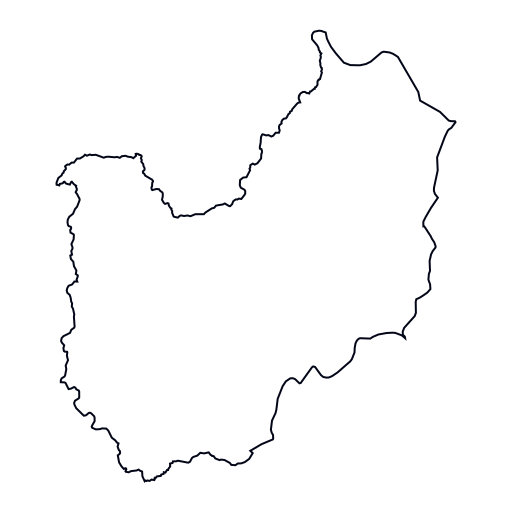 the district of Santiago de Pillaro, Tungurahua, Ecuador
{"feature_id": "8360857B6057709742750", "entity_name": "Santiago de Pillaro", "entity_type": "district", "adm_level": 2, "iso_a3": "ECU", "parent_name": "Ecuador", "parent_adm1": "Tungurahua", "projection": "robinson", "projection_center": [-78.483, -1.116], "detail": "fine", "context": "isolated", "style": "outline", "palette": "ink", "viewbox_px": 512, "rotation_deg": 0, "n_neighbors": 0, "source": "geoboundaries", "source_scale": "gbopen_adm2", "svg_char_len": 5929}
<svg xmlns="http://www.w3.org/2000/svg" viewBox="0 0 512 512"><path d="M119.1,462.4L121.6,466.5L123.9,469.0L125.3,468.2L126.1,468.5L126.3,469.2L125.5,471.4L125.9,471.8L128.7,472.3L131.1,471.1L136.5,470.5L138.6,469.6L140.3,470.9L142.1,471.5L142.4,476.2L144.7,481.3L145.7,480.5L146.6,481.0L147.5,480.5L149.7,480.9L151.5,479.6L154.3,480.1L154.7,479.5L154.5,478.2L154.9,477.7L155.7,477.9L156.9,476.4L160.8,475.9L161.2,474.6L163.6,473.9L163.8,472.2L165.4,472.6L167.0,470.0L168.1,470.0L168.3,469.0L170.2,466.4L170.0,463.6L172.5,463.0L172.9,461.4L176.0,461.3L177.9,460.7L188.2,462.7L190.0,461.7L192.0,458.0L193.2,457.0L197.3,455.6L200.3,452.8L204.0,453.4L208.7,452.4L210.7,455.0L211.5,455.2L212.1,456.0L213.6,456.1L215.4,458.5L219.6,460.1L221.0,459.6L224.5,460.0L229.8,462.9L231.3,464.9L235.4,465.2L237.8,463.5L241.1,463.4L244.8,462.1L249.2,458.9L252.7,453.1L250.3,450.8L261.5,444.2L272.9,439.4L273.2,438.4L273.0,434.9L271.7,432.7L270.9,429.7L272.0,420.6L275.6,412.9L276.4,409.4L277.7,398.8L282.6,386.3L285.8,381.4L290.2,378.4L292.7,378.2L295.1,379.1L299.4,383.3L300.7,383.0L311.9,367.4L313.2,366.4L315.1,367.0L321.0,375.1L323.1,376.9L326.2,377.6L328.8,377.5L332.1,376.1L337.6,372.4L350.4,361.2L351.9,359.1L354.5,352.5L354.7,348.0L355.5,343.4L356.8,340.7L358.6,338.8L360.1,338.2L370.2,338.6L373.0,336.8L378.4,334.5L386.7,333.0L392.7,332.7L395.2,332.9L400.6,334.9L402.3,335.7L405.1,338.2L404.8,336.6L402.9,334.8L402.7,331.7L404.2,327.8L414.7,316.1L415.9,312.9L415.7,301.9L416.3,299.2L419.7,297.7L423.9,295.0L427.3,292.6L430.4,289.1L430.1,284.4L428.4,279.6L428.9,273.9L430.0,270.9L429.6,260.9L431.1,254.3L432.7,251.1L435.5,247.5L435.6,246.2L434.2,242.2L432.0,238.9L430.7,236.2L425.0,227.4L423.7,225.8L423.4,226.0L423.3,222.8L423.5,221.3L425.9,216.6L431.1,207.7L437.9,197.7L435.0,194.0L433.9,190.9L434.0,187.7L437.7,170.4L437.1,157.4L444.9,136.6L447.7,130.8L448.9,129.4L451.3,127.9L455.5,122.2L455.1,121.3L450.6,121.1L448.8,120.6L440.0,111.9L420.1,100.6L418.3,92.0L397.9,56.9L393.2,53.9L389.7,52.5L383.8,51.7L381.6,52.4L370.8,61.6L366.0,64.0L359.9,65.3L350.3,65.1L343.9,62.7L335.8,53.3L330.9,46.7L328.1,41.2L326.9,38.5L325.7,32.5L321.1,30.9L318.9,30.7L314.3,31.7L313.0,32.9L311.9,35.4L312.1,39.3L317.3,45.5L318.5,47.9L318.8,49.9L319.9,51.4L320.0,52.5L321.4,53.4L320.4,55.4L320.9,57.3L319.8,60.9L320.4,63.2L320.3,65.0L321.1,67.6L321.8,68.0L321.9,69.6L321.2,71.3L321.9,72.5L320.0,79.1L318.9,79.4L318.7,80.2L318.0,80.3L317.5,81.5L317.5,84.8L316.0,87.1L315.1,87.3L314.7,88.8L314.2,88.7L310.8,91.5L310.1,91.5L309.2,93.5L308.1,93.0L307.0,93.2L304.9,91.9L302.8,92.0L300.6,93.4L299.5,94.7L299.5,95.6L298.9,96.0L298.7,98.5L300.2,102.4L298.4,102.7L297.3,103.4L292.4,109.0L291.6,111.0L290.1,111.6L289.7,113.3L288.5,114.0L286.7,117.5L285.8,118.4L283.9,118.7L282.4,119.9L281.4,121.9L281.6,123.5L279.7,124.9L279.0,126.5L279.1,128.6L279.7,130.3L279.0,132.7L275.6,132.8L273.1,135.8L271.3,136.5L268.5,135.1L266.2,135.4L262.8,134.3L262.1,134.6L261.0,137.1L260.6,143.0L259.8,146.9L259.9,148.7L261.4,149.1L262.0,151.1L261.9,152.7L261.3,154.1L261.1,158.5L257.4,163.3L254.7,164.6L252.8,163.6L250.3,165.2L250.2,167.6L249.5,168.7L250.1,170.2L246.5,177.2L243.1,177.6L240.1,180.0L239.8,185.3L240.8,187.7L244.4,189.7L245.2,190.9L245.2,193.7L244.6,194.8L241.3,199.0L238.8,198.6L237.4,199.5L235.8,199.4L234.0,200.6L233.1,201.5L232.1,204.2L230.1,206.2L229.0,206.0L224.8,203.5L223.0,204.4L216.0,205.6L214.2,207.8L211.8,208.4L205.6,212.4L203.8,214.2L195.3,214.2L190.5,216.2L187.5,215.5L184.0,216.0L181.1,215.4L179.9,215.8L177.8,217.6L174.1,216.8L173.6,216.4L172.1,212.8L172.2,211.1L171.3,209.6L171.5,208.5L170.3,207.8L168.9,205.6L168.5,203.5L167.5,203.1L165.1,203.9L163.9,203.0L162.0,199.8L162.8,196.2L162.7,193.2L162.3,192.4L160.0,190.7L159.0,189.2L156.3,189.0L152.4,190.1L151.8,189.7L151.4,187.5L152.0,186.5L152.3,182.5L153.0,181.6L153.0,181.0L152.1,179.7L145.2,175.6L144.2,173.7L143.1,173.0L142.9,171.4L144.5,169.9L144.6,168.2L143.5,166.1L143.2,164.0L141.3,161.7L141.8,160.1L140.9,158.2L141.7,156.5L141.5,155.8L140.5,155.0L139.3,155.0L138.7,154.2L136.8,153.7L135.7,153.9L136.1,155.7L133.3,158.2L131.3,157.1L127.8,156.7L125.7,155.8L121.9,156.2L119.8,157.8L116.9,156.9L114.7,157.3L108.3,156.7L105.8,156.9L103.8,157.7L95.8,154.8L91.4,155.1L89.9,154.5L86.9,155.7L85.0,154.7L83.5,156.3L79.9,158.5L77.0,158.6L73.9,162.6L71.6,162.6L69.2,164.6L67.4,164.5L65.3,166.0L65.1,166.5L65.9,168.1L65.7,169.3L63.8,171.2L63.6,172.6L62.4,173.5L61.6,175.4L58.3,178.0L56.5,182.8L56.6,184.7L59.3,185.4L59.8,183.9L62.3,183.4L63.4,182.7L63.7,181.9L64.5,181.7L66.1,183.6L69.8,184.6L71.2,182.0L71.8,181.7L73.9,184.2L76.2,185.8L75.9,186.6L76.8,188.7L76.8,190.1L75.8,191.7L75.7,192.4L76.9,193.8L79.6,199.0L79.6,200.2L77.1,206.7L75.0,209.1L73.0,213.8L69.3,216.7L67.8,219.6L67.5,222.3L68.0,225.1L68.7,226.1L70.8,226.8L71.2,227.7L71.0,228.9L70.2,229.8L70.5,232.6L73.6,234.3L73.9,235.2L73.6,239.4L71.4,244.1L72.5,247.4L72.5,248.6L71.3,251.0L72.0,254.7L70.3,255.5L70.9,259.0L73.3,261.7L74.0,266.3L76.4,270.5L75.8,274.0L77.7,275.3L77.8,276.3L76.6,279.7L77.3,281.6L74.4,281.5L72.2,284.4L68.6,285.8L67.2,288.3L66.7,290.5L67.3,292.8L69.7,294.9L70.6,297.5L71.3,301.9L72.1,303.2L71.8,306.6L73.0,308.7L74.3,314.6L73.9,316.5L74.6,326.7L74.2,327.7L71.3,329.8L70.0,332.9L63.4,336.2L61.6,338.2L61.1,341.0L61.9,342.7L64.2,345.3L63.4,348.2L63.9,351.0L64.7,351.6L67.1,351.8L67.3,352.3L66.9,355.8L68.0,360.2L65.7,365.5L66.3,369.1L65.1,375.5L64.4,376.6L61.7,378.3L60.8,380.2L60.8,382.2L64.5,382.4L65.5,382.9L68.6,389.1L71.1,388.6L74.1,387.0L75.4,387.7L76.3,389.3L78.8,390.6L79.2,391.7L79.2,397.6L78.7,398.4L75.0,400.7L74.1,403.0L74.5,404.7L76.2,408.2L83.8,415.7L86.0,415.3L88.7,413.0L89.9,412.7L91.2,413.3L94.2,416.3L94.6,417.8L94.6,421.2L92.1,425.5L91.7,426.7L92.2,427.8L95.9,429.4L100.1,429.1L102.1,428.4L106.3,428.6L108.3,430.6L111.8,437.7L115.2,440.3L117.1,442.7L118.5,443.4L117.6,446.6L118.8,450.0L119.8,450.9L120.1,452.6L119.9,453.6L117.8,455.4L119.1,462.4Z" fill="none" stroke="#020617" stroke-width="2"/></svg>